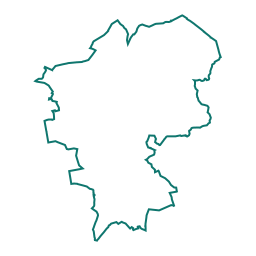 Pūres pag., Tukums, Latvia
{"feature_id": "27541924B42244079207170", "entity_name": "Pūres pag.", "entity_type": "district", "adm_level": 2, "iso_a3": "LVA", "parent_name": "Latvia", "parent_adm1": "Tukums", "projection": "mercator", "projection_center": [22.936, 57.042], "detail": "fine", "context": "isolated", "style": "outline", "palette": "teal", "viewbox_px": 256, "rotation_deg": 0, "n_neighbors": 0, "source": "geoboundaries", "source_scale": "gbopen_adm2", "svg_char_len": 5446}
<svg xmlns="http://www.w3.org/2000/svg" viewBox="0 0 256 256"><path d="M71.3,183.9L72.1,183.7L72.9,183.8L74.0,183.5L75.2,183.7L76.1,183.7L77.3,183.8L77.5,184.0L83.2,185.5L86.8,186.5L89.8,188.8L91.3,189.1L92.7,189.6L92.8,189.6L93.4,190.3L93.4,191.5L93.5,192.2L93.4,192.7L93.6,192.8L93.7,193.6L93.7,194.0L93.5,194.4L93.5,194.6L94.0,194.7L94.5,194.8L94.6,195.2L94.5,195.4L93.8,195.8L93.7,196.0L94.0,196.4L93.9,196.8L94.1,197.9L94.5,199.0L94.5,199.6L94.3,201.8L94.2,202.8L94.3,203.9L94.2,205.6L94.1,206.0L93.0,207.3L91.9,208.4L93.5,209.6L95.0,210.6L96.3,211.5L96.5,211.6L97.8,214.1L98.0,215.5L96.4,220.5L95.6,222.1L94.2,226.0L93.9,227.0L92.9,229.6L93.6,231.0L93.7,231.4L93.9,232.6L94.3,235.8L94.5,237.3L94.9,238.1L94.9,238.9L94.8,239.5L94.9,240.1L97.0,240.6L97.4,239.9L98.4,238.9L100.5,236.1L102.2,234.1L103.7,232.4L106.5,228.8L107.5,227.8L107.6,227.6L108.2,227.3L108.3,227.1L108.8,225.5L110.2,224.8L110.8,223.9L111.2,223.6L116.4,222.1L118.3,223.9L121.6,221.8L121.8,221.8L122.4,222.3L125.6,223.5L127.1,225.2L128.4,226.6L128.5,226.8L130.0,228.4L130.1,228.5L131.7,227.1L133.1,228.1L133.0,228.4L132.9,228.6L132.9,229.2L133.1,229.7L133.4,230.1L136.3,228.9L138.2,228.4L137.7,226.7L137.8,226.6L139.6,226.3L140.6,228.0L141.6,228.8L144.8,230.1L145.6,230.5L145.6,228.4L145.5,225.5L145.4,225.5L145.5,225.2L145.5,223.9L146.4,217.4L146.6,215.3L148.6,210.0L148.9,209.3L159.1,210.4L171.2,205.1L171.9,205.3L173.3,205.4L174.3,206.4L171.9,199.5L171.6,197.1L169.7,192.9L176.8,191.6L176.9,191.4L176.8,191.2L176.2,187.6L174.2,187.5L171.0,185.0L168.9,181.6L165.1,178.2L160.5,175.9L158.8,171.2L158.4,170.7L155.0,172.2L154.9,170.3L154.9,169.7L152.6,167.6L151.9,167.0L151.4,164.3L148.3,162.7L147.4,160.8L145.9,159.8L147.2,159.1L149.3,156.8L151.4,155.8L152.5,155.4L153.6,154.8L154.1,154.6L154.6,152.7L154.6,152.2L154.5,151.6L154.4,150.7L154.3,150.4L154.8,150.1L152.8,149.2L151.4,148.6L150.3,148.2L150.4,147.9L148.2,147.5L146.7,143.9L146.4,142.1L146.8,141.5L147.2,141.3L148.7,137.6L149.3,135.5L154.4,135.7L156.0,139.0L155.6,139.7L155.3,141.3L155.1,142.1L157.1,143.7L158.4,144.0L159.4,145.1L160.1,145.0L162.8,141.4L163.5,140.5L164.5,139.0L165.0,138.6L166.3,136.8L167.3,136.3L174.4,136.3L174.5,136.3L175.7,136.3L178.2,135.8L180.2,135.4L180.3,135.4L181.1,136.0L181.3,136.0L185.5,135.3L185.6,135.9L186.6,135.9L187.1,136.5L187.4,136.4L189.0,135.3L189.6,133.7L189.5,133.3L189.2,131.6L189.1,130.9L189.2,130.7L190.4,130.0L190.8,129.6L191.0,129.3L191.4,128.3L192.0,127.9L193.0,127.7L194.2,127.6L199.1,127.5L200.0,127.7L202.4,126.2L203.8,125.8L206.9,125.3L208.4,123.5L208.6,123.3L209.9,122.6L209.6,120.5L210.5,119.0L210.8,117.6L210.2,116.1L209.6,114.4L209.5,114.2L207.6,112.3L207.8,111.7L208.6,107.4L207.8,106.3L207.5,105.9L207.4,105.8L204.4,104.9L202.4,104.5L201.5,104.2L199.1,101.2L198.6,100.7L197.7,97.5L197.2,97.0L197.2,96.9L197.1,95.7L196.9,94.7L196.8,94.2L197.6,90.5L195.6,88.6L194.8,86.0L194.7,85.9L195.0,84.5L195.0,82.5L195.0,81.2L194.2,80.3L195.8,80.5L197.2,80.4L197.4,80.4L199.3,79.8L199.5,79.8L200.0,79.9L201.3,80.8L201.7,80.9L202.1,81.0L203.5,80.6L203.9,80.4L204.1,80.2L204.6,79.0L204.9,78.7L205.3,78.7L205.7,78.8L206.0,79.1L206.6,80.1L206.8,80.2L207.5,79.9L208.4,79.8L208.6,79.7L209.0,79.2L209.1,78.8L209.2,78.5L208.8,77.3L208.7,76.7L208.7,76.2L208.8,75.3L209.0,75.0L209.9,74.0L210.2,73.6L210.4,73.0L210.4,72.8L210.3,71.2L210.8,69.7L211.3,68.3L211.7,67.4L211.9,67.0L212.0,66.6L212.1,65.8L212.1,64.9L212.2,64.6L212.5,64.3L214.1,63.6L214.4,63.3L214.5,63.1L214.7,61.9L214.8,61.8L219.1,59.5L219.8,57.6L220.7,57.1L220.2,56.1L220.3,56.0L219.5,53.8L218.9,51.7L218.3,49.2L216.4,42.3L216.1,41.1L214.0,39.6L210.9,37.5L210.7,37.5L210.7,37.3L208.8,35.6L206.4,33.7L204.2,32.0L204.3,31.9L201.3,29.4L198.2,27.0L195.2,24.7L194.0,23.7L190.1,20.9L188.3,19.9L186.9,18.9L187.0,18.6L187.0,18.4L183.2,15.9L182.2,15.4L179.8,16.6L178.3,17.4L176.5,18.4L175.0,19.1L172.3,20.5L171.3,21.2L171.1,21.1L170.9,20.8L170.3,21.5L169.8,21.8L168.8,22.0L166.1,21.9L165.5,22.0L165.0,22.2L163.2,23.3L160.5,23.5L156.0,23.8L154.5,24.3L152.3,25.4L149.1,26.8L147.5,26.3L145.7,25.8L142.3,24.5L140.5,25.1L139.1,25.8L137.3,28.5L136.4,31.6L134.9,33.6L134.3,34.4L133.3,34.3L131.0,37.3L130.1,39.1L127.9,44.0L127.0,40.1L127.6,36.0L128.1,34.2L126.8,31.1L126.0,29.3L124.4,28.1L123.0,25.9L121.9,25.2L120.3,24.0L117.6,20.3L111.8,24.0L111.1,25.2L110.6,26.2L108.1,30.5L108.2,30.9L107.4,31.8L104.0,35.1L93.7,41.3L92.8,42.6L92.6,43.7L91.4,45.8L90.9,47.2L90.1,48.2L92.4,48.8L93.7,49.4L95.6,50.4L92.3,55.0L88.4,60.0L86.1,60.7L85.3,61.0L83.0,61.5L81.9,62.0L76.7,62.3L68.3,63.1L66.8,63.5L62.8,64.3L55.5,66.0L52.7,69.4L52.1,69.9L52.1,70.1L45.0,66.9L44.5,67.9L44.8,68.1L45.6,69.2L46.0,70.1L45.5,71.4L44.3,73.2L43.6,74.1L43.4,74.6L43.3,75.5L43.1,77.1L43.0,77.4L42.2,78.5L41.6,78.8L38.7,78.8L35.9,80.6L35.3,81.1L36.7,81.6L44.3,82.9L45.1,83.3L48.5,85.4L48.9,85.8L49.9,87.4L52.8,91.6L51.8,93.1L52.7,93.6L52.9,93.9L52.9,94.1L51.0,97.9L51.3,98.5L49.2,98.2L49.0,99.5L50.1,99.2L50.6,99.1L51.1,99.2L51.7,99.5L51.9,99.7L52.1,100.0L52.1,100.3L52.3,100.8L52.5,101.0L54.0,101.2L56.2,101.7L56.8,101.9L56.7,102.2L56.4,103.0L58.8,107.6L59.0,110.3L55.3,111.3L54.9,110.3L52.3,111.0L52.9,111.9L53.7,113.3L54.0,116.4L54.1,119.1L52.2,119.9L51.8,119.5L48.9,119.5L47.1,119.9L44.5,120.9L46.4,131.5L46.5,131.2L46.6,132.6L48.3,142.5L55.5,141.2L57.7,142.2L65.0,145.0L66.8,149.0L67.9,149.2L68.2,149.4L73.9,148.4L77.3,149.1L76.1,155.7L78.3,162.9L78.5,163.5L79.1,165.4L82.7,168.5L80.0,169.1L69.2,171.1L71.3,183.9Z" fill="none" stroke="#0f766e" stroke-width="2"/></svg>